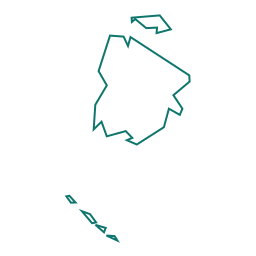 Ciego de Ávila, Equal Earth projection
{"feature_id": "CUB-1363", "entity_name": "Ciego de Ávila", "entity_type": "Province", "adm_level": 1, "iso_a3": "CUB", "parent_name": "Cuba", "parent_adm1": "", "projection": "equal_earth", "projection_center": [-78.664, 21.637], "detail": "coarse", "context": "isolated", "style": "outline", "palette": "teal", "viewbox_px": 256, "rotation_deg": 0, "n_neighbors": 0, "source": "natural_earth", "source_scale": "10m", "svg_char_len": 686}
<svg xmlns="http://www.w3.org/2000/svg" viewBox="0 0 256 256"><path d="M110.0,35.6L123.6,36.6L128.0,46.0L130.5,37.1L189.3,75.4L189.6,81.6L173.4,95.2L182.4,108.7L179.8,114.9L168.9,108.7L163.9,127.2L136.8,144.5L126.9,140.2L132.3,137.9L125.7,131.1L106.8,136.3L101.5,121.7L93.7,129.4L95.3,104.8L106.8,85.4L98.6,71.1L110.0,35.6ZM157.0,27.6L146.2,28.1L135.3,19.1L131.9,21.9L131.6,17.7L159.7,15.4L170.8,29.3L156.6,33.1L157.0,27.6ZM96.1,222.4L92.1,223.2L81.9,211.2L90.0,214.1L96.1,222.4ZM106.4,235.5L114.6,236.1L117.4,240.6L106.4,235.5ZM95.5,224.9L105.7,227.9L104.0,232.3L95.5,224.9ZM66.4,196.4L69.4,195.8L75.5,202.5L70.9,202.7L66.4,196.4Z" fill="none" stroke="#0f766e" stroke-width="2"/></svg>